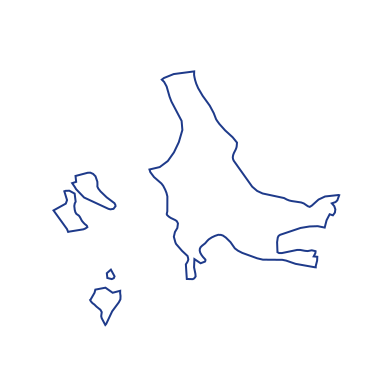 Sharjah, orthographic projection, rotated 158°
{"feature_id": "ARE-348", "entity_name": "Sharjah", "entity_type": "Emirate", "adm_level": 1, "iso_a3": "ARE", "parent_name": "United Arab Emirates", "parent_adm1": "", "projection": "orthographic", "projection_center": [55.908, 25.102], "detail": "fine", "context": "isolated", "style": "outline", "palette": "blue", "viewbox_px": 384, "rotation_deg": 158, "n_neighbors": 0, "source": "natural_earth", "source_scale": "10m", "svg_char_len": 2986}
<svg xmlns="http://www.w3.org/2000/svg" viewBox="0 0 384 384"><g transform="rotate(158 192 192)"><path d="M223.0,228.8L212.6,227.2L202.8,229.8L193.9,235.5L192.8,236.5L185.5,243.2L177.7,253.1L175.0,261.8L177.2,283.5L177.1,288.8L176.0,299.3L176.6,304.5L177.9,307.5L175.3,308.2L164.8,308.2L144.8,303.0L146.2,299.8L146.7,297.6L147.2,294.5L147.5,290.8L147.4,286.0L146.1,277.2L143.2,265.4L142.3,257.0L142.4,250.4L142.0,248.3L141.1,244.7L138.2,236.7L133.8,227.5L131.8,221.0L131.9,220.8L131.9,220.7L133.4,217.7L134.2,216.5L135.5,215.1L138.7,212.3L140.1,210.7L141.2,208.9L141.6,207.2L141.6,205.4L134.2,174.4L131.2,168.6L127.1,164.2L108.9,151.9L107.0,149.6L105.0,147.7L103.0,146.3L94.7,141.4L92.6,139.5L89.9,135.4L88.4,134.1L86.0,134.5L77.5,137.6L70.3,138.0L57.2,134.3L56.7,133.9L60.4,129.8L62.7,128.9L66.6,129.1L65.4,125.6L65.6,122.2L67.2,119.4L70.1,117.6L72.7,119.8L77.8,115.4L82.3,109.3L88.2,113.2L95.9,116.0L104.8,118.0L126.4,119.3L128.1,118.9L129.5,117.7L131.9,113.6L135.3,104.2L134.2,102.8L131.5,101.7L116.2,98.9L113.3,97.7L109.4,95.2L106.9,93.9L102.8,93.1L99.8,91.0L99.6,90.8L100.5,89.1L103.3,86.7L100.1,85.0L101.7,81.5L105.0,77.0L105.5,75.8L106.3,76.2L122.9,86.6L130.5,93.2L133.7,95.3L151.6,102.7L156.4,106.1L168.2,116.7L171.4,120.4L173.4,123.7L175.1,131.1L177.7,137.1L179.7,140.1L181.4,141.5L183.8,142.5L187.1,142.7L190.7,142.5L194.2,141.8L196.1,141.0L199.0,139.5L202.8,138.4L204.7,137.6L206.0,136.4L206.8,134.8L207.1,132.7L206.8,130.2L206.2,127.8L204.9,124.3L205.3,123.3L206.1,122.6L210.7,122.7L214.9,128.9L218.3,121.4L219.5,114.9L220.3,112.3L222.3,111.1L223.9,110.9L229.4,113.3L224.8,127.2L222.8,128.6L221.8,129.5L220.7,130.8L220.3,132.7L220.1,134.3L223.3,141.2L226.2,149.7L226.3,151.3L225.6,157.3L222.8,161.3L219.1,164.1L216.8,168.1L216.9,169.4L217.1,170.8L218.1,172.3L221.4,175.9L222.7,177.8L223.7,179.9L223.7,181.0L222.1,183.4L216.5,197.1L216.0,200.8L216.0,204.3L216.4,208.6L217.2,211.4L221.6,220.0L223.2,226.0L223.0,228.7L223.0,228.8ZM271.1,205.8L274.2,206.5L275.8,207.7L294.1,227.3L298.4,238.0L298.8,240.6L299.8,245.1L295.6,244.8L294.0,250.5L281.5,248.9L279.0,248.0L276.9,245.8L275.6,242.7L275.9,237.0L276.9,234.3L277.7,232.5L277.6,230.3L276.6,226.8L273.1,219.0L268.1,210.7L267.9,208.8L268.2,207.5L271.1,205.8ZM327.3,226.8L313.4,228.5L312.2,229.8L310.9,231.3L310.1,240.5L308.6,240.4L305.2,239.1L301.4,234.5L303.5,226.6L305.0,225.3L306.4,223.1L307.4,219.4L307.7,216.9L307.4,215.0L306.6,213.8L305.7,212.4L305.3,210.7L304.9,206.6L304.2,204.4L303.4,202.4L302.5,200.9L302.1,199.8L302.2,198.6L304.6,198.1L306.8,198.1L320.4,201.2L321.8,201.4L321.8,204.5L327.3,226.8ZM318.2,137.7L308.1,135.7L303.3,128.3L295.6,127.3L296.5,125.2L297.2,122.4L298.6,119.3L301.2,117.1L310.7,111.3L321.0,101.8L322.2,101.2L323.0,108.8L322.7,110.9L320.7,114.4L321.0,117.0L323.5,121.5L324.7,124.3L325.9,126.2L326.7,128.4L326.9,130.0L326.5,130.1L320.1,135.1L318.2,137.7ZM299.0,141.3L302.7,144.0L301.4,148.6L296.3,150.4L295.4,142.8L296.8,141.4L299.0,141.3Z" fill="none" stroke="#1e3a8a" stroke-width="2"/></g></svg>